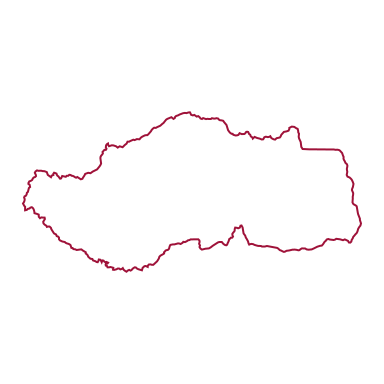 Santa Rita do Tocantins, Tocantins, Brazil
{"feature_id": "56859067B45645585605962", "entity_name": "Santa Rita do Tocantins", "entity_type": "district", "adm_level": 2, "iso_a3": "BRA", "parent_name": "Brazil", "parent_adm1": "Tocantins", "projection": "mercator", "projection_center": [-49.332, -10.964], "detail": "fine", "context": "isolated", "style": "outline", "palette": "rose", "viewbox_px": 384, "rotation_deg": 0, "n_neighbors": 0, "source": "geoboundaries", "source_scale": "gbopen_adm2", "svg_char_len": 5996}
<svg xmlns="http://www.w3.org/2000/svg" viewBox="0 0 384 384"><path d="M353.2,193.1L351.9,190.0L352.2,188.7L352.9,187.0L353.5,183.9L352.7,181.7L351.8,179.8L351.0,178.8L349.6,177.5L347.5,176.6L346.7,174.9L347.3,171.8L346.9,169.7L346.9,168.4L347.2,167.2L347.4,165.7L347.0,164.3L345.4,162.8L344.8,161.3L343.9,159.8L343.5,158.7L343.6,156.9L343.0,155.6L342.1,153.0L340.9,151.7L339.9,150.6L338.9,150.0L337.4,149.7L335.6,149.8L333.9,149.5L308.7,149.3L302.6,149.0L301.3,146.9L300.7,142.0L299.1,138.5L298.7,136.8L299.0,133.7L298.3,132.5L298.1,130.5L297.6,128.8L296.5,128.4L294.3,126.9L291.8,126.6L289.3,127.9L289.3,129.1L288.5,130.7L286.5,131.4L283.9,131.9L281.3,134.8L280.6,136.5L279.8,137.5L276.6,138.2L275.1,139.6L274.0,139.4L272.6,138.8L271.3,138.0L270.3,136.2L268.9,137.0L267.6,137.1L265.9,136.7L264.4,137.2L263.2,139.3L261.8,139.5L259.6,138.6L257.1,138.0L254.6,136.9L252.8,138.6L252.3,137.4L250.8,136.4L250.2,134.7L249.1,134.0L248.2,132.0L247.0,131.7L246.0,132.1L245.3,133.3L244.3,134.0L241.7,134.1L239.6,133.2L238.4,134.9L237.2,135.3L235.7,135.5L233.3,134.8L232.6,133.8L231.5,133.8L229.8,132.5L228.1,130.2L226.5,125.0L224.0,122.0L223.2,120.8L221.7,120.4L219.9,120.2L218.9,119.6L218.2,118.6L216.5,118.2L215.0,118.6L213.9,118.6L211.9,118.2L210.9,119.0L208.8,119.0L207.6,118.8L206.0,119.1L203.1,118.1L202.0,119.0L200.5,118.5L199.7,117.3L198.2,116.1L196.7,116.6L194.3,114.9L192.9,115.4L191.1,114.8L190.4,113.2L189.9,112.3L188.3,112.5L186.6,113.1L184.8,112.9L183.1,113.2L179.6,114.5L178.2,115.3L176.1,116.0L175.1,116.9L174.8,118.0L173.5,118.9L171.4,117.2L167.3,118.9L166.1,119.7L163.4,123.1L162.5,123.7L160.3,125.7L157.0,127.2L155.8,127.9L154.2,127.7L152.8,128.7L151.5,130.2L151.0,131.2L148.4,134.2L147.4,135.1L146.3,135.1L144.8,135.4L142.2,136.7L140.8,137.7L139.5,139.3L136.8,139.1L135.8,139.6L134.6,140.1L133.3,139.7L130.1,141.1L129.1,141.7L127.5,141.7L126.6,143.6L124.8,145.0L122.6,147.2L119.7,146.3L117.7,147.6L116.1,146.3L113.4,145.4L111.8,145.3L109.0,146.2L108.3,145.1L108.0,143.5L107.0,144.1L106.1,145.3L105.8,147.4L106.5,148.8L105.8,149.9L104.5,149.8L102.5,152.0L102.9,153.3L102.3,154.4L101.2,155.6L100.5,157.0L100.4,158.3L101.1,163.5L100.6,164.7L99.6,166.3L97.1,169.4L92.7,171.6L90.5,173.2L88.2,172.8L85.2,173.9L84.5,175.4L82.9,177.8L82.4,178.8L80.8,179.3L77.3,177.0L76.1,177.7L75.0,177.2L73.9,176.4L72.8,175.9L71.5,175.7L70.7,175.0L69.3,174.8L68.2,175.8L66.7,175.8L65.8,176.8L62.2,176.0L61.1,178.4L60.1,178.7L59.3,177.7L58.4,176.4L57.4,175.7L56.8,174.7L56.5,173.6L55.3,173.1L54.1,172.7L53.3,173.8L53.4,175.0L51.7,175.6L51.0,177.2L47.8,174.9L46.8,172.1L44.5,171.2L42.6,171.1L41.1,170.7L38.4,170.8L37.0,170.4L35.5,171.5L34.8,172.8L35.8,174.8L36.0,176.1L35.1,177.0L33.7,177.5L32.8,178.5L32.2,179.9L30.9,180.8L29.3,181.4L28.5,182.8L28.4,183.9L29.6,184.7L30.1,187.0L28.9,188.0L27.9,191.9L26.9,192.8L26.6,194.5L25.7,195.9L24.6,196.3L24.1,197.5L24.7,199.1L24.5,200.7L23.9,202.2L23.0,203.5L24.3,205.9L25.1,206.7L25.1,210.3L26.8,209.9L27.8,208.9L29.5,208.5L30.4,207.6L31.8,207.2L33.1,208.3L33.8,209.7L34.3,211.5L34.5,213.2L37.0,213.9L38.7,214.6L38.8,216.8L40.0,218.2L41.3,217.4L43.1,217.6L44.6,217.6L44.9,219.0L43.2,221.8L43.5,223.4L44.6,224.6L46.3,225.7L46.9,226.9L48.1,226.5L49.5,226.5L50.9,227.8L51.4,229.3L54.0,233.4L56.1,234.5L56.7,236.1L58.3,236.7L59.0,237.7L59.0,239.2L59.8,240.3L62.3,241.5L64.8,242.0L65.6,242.8L66.9,243.4L68.6,243.9L69.6,244.4L70.5,245.1L71.4,247.9L72.6,248.0L73.4,249.1L75.2,249.3L76.7,250.0L80.1,249.5L81.4,249.4L82.8,250.5L85.8,252.3L85.7,253.5L86.8,254.3L87.7,255.3L88.2,256.7L90.4,258.7L92.4,259.0L93.0,260.4L95.6,261.3L96.5,262.0L97.7,262.2L98.3,261.2L98.8,259.5L100.2,259.7L101.1,260.9L101.7,262.2L102.4,260.4L103.5,260.6L104.5,261.8L105.4,262.2L106.4,261.9L108.1,262.7L107.4,263.6L105.9,263.5L105.6,264.5L105.8,265.6L107.0,266.0L107.5,267.3L109.2,267.3L110.4,267.0L113.3,267.8L113.0,269.7L114.1,269.9L116.4,269.3L117.9,268.5L119.3,268.6L120.3,269.4L121.9,268.9L122.8,268.1L123.7,269.8L125.4,271.1L126.5,271.7L127.7,270.6L129.2,269.9L130.5,270.6L131.5,270.1L132.3,269.1L133.4,268.1L134.8,267.3L135.9,267.5L136.9,268.5L138.3,269.2L141.9,270.3L142.7,267.7L143.5,267.1L144.4,266.2L145.7,266.0L147.7,266.9L147.8,265.7L148.9,264.5L150.6,264.4L151.8,264.8L153.3,264.8L157.1,261.3L158.8,258.6L159.4,256.7L160.5,255.6L163.2,254.1L164.1,253.5L164.0,252.3L164.8,251.6L165.5,250.6L166.4,250.2L167.9,249.9L169.0,248.8L169.7,246.2L170.4,244.9L172.8,244.4L174.4,244.4L178.0,243.4L179.2,243.5L180.6,244.0L182.6,242.8L183.3,241.8L185.0,242.1L187.0,241.1L187.8,240.4L189.6,240.0L190.6,239.4L198.3,239.3L199.4,240.5L199.6,241.9L199.1,243.8L200.0,245.4L199.5,247.0L200.4,248.5L201.9,249.6L205.5,248.7L208.9,248.4L210.8,247.3L212.7,245.8L218.0,242.4L219.3,242.0L221.8,242.0L223.3,243.8L224.8,244.9L226.2,245.3L227.1,244.7L227.7,243.1L228.5,241.5L229.3,239.0L230.3,238.5L230.8,237.7L232.3,237.6L233.0,236.5L232.5,235.4L232.3,234.0L233.2,232.6L234.4,231.3L234.7,230.2L234.7,229.1L235.2,227.6L236.9,227.8L238.1,228.3L239.8,227.6L240.5,225.7L241.5,225.5L242.6,227.5L243.6,233.5L245.2,235.6L245.8,237.5L246.7,238.9L248.0,241.3L248.6,243.5L249.2,244.6L250.3,244.1L251.6,243.9L253.2,244.2L254.5,244.9L256.9,245.6L258.1,245.9L261.0,246.0L261.9,246.5L265.0,246.5L266.9,246.0L277.1,247.9L278.1,248.5L279.8,250.1L281.2,250.6L282.5,251.3L283.9,251.9L285.1,251.6L286.5,250.8L289.0,250.5L292.4,249.7L294.7,249.6L296.4,249.8L298.4,250.3L299.5,250.1L300.5,249.2L301.9,248.4L305.2,248.5L306.6,249.4L308.5,249.7L311.7,249.4L313.7,248.5L317.3,246.7L320.1,245.8L321.8,245.6L323.0,244.3L324.6,241.8L325.8,240.8L326.7,239.5L328.3,239.0L329.7,239.5L333.7,240.0L335.3,239.5L336.2,238.8L340.0,239.3L343.0,240.2L344.8,239.4L348.0,240.9L348.9,242.5L350.3,242.6L351.3,241.6L351.7,239.9L352.7,238.4L353.3,236.8L354.4,235.6L355.5,234.2L356.5,233.3L357.4,231.6L358.2,228.8L359.2,227.1L360.4,225.6L361.0,223.4L359.9,220.0L359.9,218.7L358.1,214.1L357.8,212.7L356.7,206.3L355.7,205.4L354.0,204.5L353.1,203.7L352.5,202.4L352.8,198.1L352.7,197.0L353.1,194.8L353.2,193.1Z" fill="none" stroke="#9f1239" stroke-width="2"/></svg>